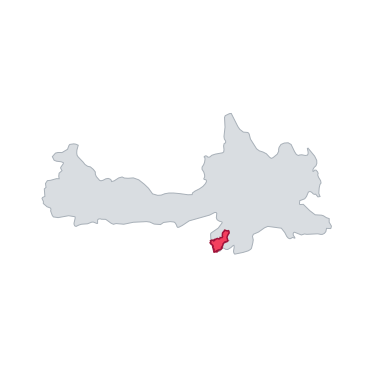 location of Xamtay, Houaphan, Laos, rotated 130°
{"feature_id": "54806243B53408209397741", "entity_name": "Xamtay", "entity_type": "district", "adm_level": 2, "iso_a3": "LAO", "parent_name": "Laos", "parent_adm1": "Houaphan", "projection": "mercator", "projection_center": [104.808, 19.985], "detail": "fine", "context": "in_parent", "style": "filled", "palette": "rose", "viewbox_px": 384, "rotation_deg": 130, "n_neighbors": 0, "source": "geoboundaries", "source_scale": "gbopen_adm2", "svg_char_len": 6964}
<svg xmlns="http://www.w3.org/2000/svg" viewBox="0 0 384 384"><g transform="rotate(130 192 192)"><path d="M141.6,65.9L143.2,68.8L150.6,76.8L151.9,78.9L154.6,80.6L156.9,87.6L157.9,88.1L159.1,87.6L160.0,86.6L160.8,83.9L161.3,83.6L162.2,85.8L164.3,86.5L165.2,87.5L165.4,89.2L165.1,90.9L163.4,94.9L162.3,100.3L169.6,111.8L172.7,113.4L179.9,115.3L184.9,117.8L187.1,117.2L189.3,114.3L191.9,112.7L196.8,110.3L198.2,110.2L200.9,111.1L205.4,114.0L212.1,119.3L211.8,120.8L210.6,122.2L207.0,124.3L205.9,125.6L206.6,126.1L209.6,126.5L213.1,127.7L214.2,129.1L214.8,132.3L215.4,132.9L218.7,132.5L219.7,133.0L220.8,134.0L222.0,136.6L222.0,138.6L218.7,142.1L218.4,144.1L216.7,146.6L212.2,150.8L211.0,151.0L202.8,148.7L196.2,149.1L195.7,149.9L196.8,152.4L197.1,154.9L196.1,156.8L192.4,159.3L192.2,160.3L193.0,161.4L198.4,163.7L215.9,175.6L223.8,177.9L227.4,179.4L228.3,180.2L228.2,181.2L227.3,182.6L226.5,184.9L226.5,186.3L227.3,187.6L228.7,189.7L233.6,194.2L237.2,195.2L240.9,200.4L242.1,204.9L243.9,207.8L252.9,217.5L260.5,223.5L265.0,229.9L267.2,231.4L267.9,233.7L268.4,240.5L271.1,243.9L271.6,245.2L272.8,246.2L274.0,246.4L276.7,244.2L277.2,244.5L278.4,248.1L279.5,249.4L283.5,251.6L287.7,255.9L290.0,257.4L292.9,258.7L293.3,260.0L292.7,261.4L291.8,262.3L286.9,264.8L286.2,265.8L289.5,271.3L297.7,278.1L300.2,282.2L299.7,284.1L297.4,288.1L295.7,289.1L295.3,290.3L296.5,293.6L296.4,298.5L294.8,299.7L293.4,302.7L292.4,303.0L289.9,301.9L284.6,307.1L282.3,306.8L279.7,309.7L276.3,310.1L274.0,307.9L268.9,304.4L267.2,302.3L265.6,304.2L263.0,305.9L259.2,305.3L258.2,307.9L257.5,308.4L253.0,308.8L252.2,309.3L252.9,311.6L255.5,315.6L256.3,318.0L254.7,321.7L250.0,321.6L247.9,320.1L245.3,316.9L239.3,314.8L235.3,316.2L234.1,316.2L231.1,313.5L230.0,311.7L229.3,309.2L233.9,307.1L236.2,305.4L237.7,303.7L238.3,301.9L239.1,294.4L239.7,291.8L239.4,288.5L238.1,286.0L238.1,282.1L238.8,279.0L240.5,277.5L241.7,275.2L242.5,270.2L241.9,268.9L240.2,267.7L237.3,266.5L235.5,265.0L234.8,263.2L234.8,261.7L235.7,260.3L233.5,258.8L228.3,257.2L225.4,255.2L224.8,252.8L222.6,249.8L218.9,246.0L216.9,240.6L216.7,233.5L217.1,227.7L218.8,221.0L216.6,216.1L214.2,213.6L210.8,211.7L207.6,209.0L204.6,205.4L201.0,200.2L196.7,193.3L193.9,190.2L192.4,191.0L189.4,190.3L184.7,188.3L180.6,187.2L177.2,187.1L174.9,187.5L173.8,188.6L173.8,189.6L174.6,190.7L174.2,191.5L172.3,192.0L170.9,193.2L169.2,195.7L168.1,199.0L166.4,200.3L163.7,200.6L161.1,201.5L158.5,203.1L157.3,204.4L157.4,205.2L156.9,205.4L155.6,204.9L155.0,203.8L155.1,202.1L153.8,200.9L151.1,200.4L148.0,198.5L142.2,193.7L140.8,193.5L138.9,194.8L136.4,197.4L134.3,198.5L132.7,197.9L131.4,198.9L130.6,201.3L128.9,203.2L121.1,208.4L114.0,215.0L112.2,215.6L107.9,213.7L106.6,212.4L112.4,198.9L113.3,195.6L113.1,191.2L110.6,187.6L110.5,186.5L110.9,185.4L113.9,181.2L117.4,170.3L117.2,166.9L115.7,163.2L114.9,159.6L115.5,154.8L115.3,152.9L113.6,152.0L108.2,151.0L105.1,151.8L103.6,153.1L101.8,154.0L98.4,154.4L95.2,152.8L92.5,150.0L91.9,146.6L95.2,139.3L96.1,136.4L96.0,135.1L95.4,133.7L94.6,133.5L92.9,131.8L91.2,128.7L89.6,127.3L88.1,127.6L86.7,128.8L84.5,131.6L83.8,131.3L85.7,121.1L87.6,116.8L89.8,114.8L92.2,113.9L94.6,114.2L96.7,113.9L98.4,112.8L98.2,112.2L96.2,112.0L95.5,110.9L95.9,108.7L96.7,107.3L98.1,106.7L99.4,104.5L100.7,100.7L102.2,98.9L104.0,98.8L107.1,97.2L111.5,94.0L113.2,91.0L114.8,92.4L114.2,95.9L115.1,96.7L115.5,97.9L115.3,99.9L115.6,101.6L116.3,102.4L117.3,102.8L121.9,101.4L124.8,101.3L129.4,103.9L132.2,101.9L132.2,101.2L129.9,98.8L130.6,89.8L130.3,83.0L126.5,77.9L125.7,75.9L125.3,72.6L124.2,69.8L127.0,67.5L128.5,63.3L130.4,62.3L131.0,62.4L133.4,65.6L136.3,64.0L138.6,64.0L140.5,64.8L141.6,65.9Z" fill="#d9dde1" stroke="#a8b0b8" stroke-width="1"/><path d="M199.5,140.6L200.1,142.4L200.3,142.4L200.5,142.5L200.9,142.4L201.0,142.2L201.4,142.1L201.7,142.2L202.1,142.3L202.6,142.3L203.1,142.3L203.5,142.3L203.9,142.2L204.5,141.8L204.7,141.5L205.2,141.3L205.7,140.9L206.0,140.7L206.3,140.2L206.5,139.9L207.2,139.7L207.6,139.7L207.8,139.9L208.0,140.1L208.1,140.4L208.9,140.9L208.9,141.0L209.1,140.9L209.5,141.0L209.7,140.9L209.9,140.9L210.1,140.8L210.4,141.1L210.6,141.3L210.8,141.4L211.0,142.1L211.1,142.5L211.7,143.0L211.9,143.0L212.2,143.1L212.3,143.2L212.4,143.3L212.5,143.3L212.9,143.5L213.1,143.6L213.3,143.7L213.4,143.8L213.6,144.0L213.8,143.9L213.9,143.7L214.2,143.6L214.4,143.7L214.5,143.7L214.7,143.8L214.9,143.8L214.9,144.0L215.0,144.0L214.9,144.1L215.0,144.1L215.0,144.4L215.0,144.6L215.2,144.9L215.3,144.9L215.6,145.0L215.8,145.3L216.0,145.5L216.2,146.0L216.6,146.1L216.8,146.2L217.0,146.3L217.3,146.4L217.3,146.2L217.5,146.0L217.8,145.7L218.0,145.7L218.3,145.5L218.5,145.7L218.8,145.7L219.0,145.7L219.3,145.4L219.4,145.2L219.4,144.9L219.3,144.7L219.4,144.4L219.5,144.2L219.7,143.9L219.5,143.7L219.4,143.8L219.4,143.7L219.4,143.4L219.5,143.4L219.6,143.2L219.7,142.9L219.6,142.7L219.5,142.4L219.6,142.2L219.7,141.9L219.8,141.8L219.6,141.8L219.6,141.7L219.6,141.8L219.5,141.7L219.6,141.4L219.8,141.2L220.0,141.0L220.1,140.9L220.3,140.8L220.3,140.7L220.5,140.7L220.8,140.6L221.0,140.5L221.0,140.4L221.3,140.2L221.4,139.9L221.5,139.8L221.5,139.6L221.6,139.4L221.8,139.2L221.7,139.2L221.6,139.3L221.5,139.1L221.7,138.9L221.8,138.8L221.7,138.7L221.9,138.5L221.9,138.4L222.0,138.4L222.0,138.2L222.2,137.9L222.3,137.9L222.5,137.8L222.6,137.7L222.9,137.6L223.0,137.5L223.0,137.4L223.3,137.2L223.2,137.1L223.3,137.0L223.3,136.8L223.3,136.7L223.5,136.6L223.6,136.4L223.8,136.3L223.7,136.2L223.4,136.2L223.2,136.1L222.9,135.9L222.9,135.7L222.7,135.6L222.6,135.4L222.3,135.3L222.2,135.3L222.2,135.2L221.9,135.0L221.9,134.9L221.8,134.7L222.0,134.6L222.0,134.4L221.8,134.3L221.7,134.4L221.5,134.5L221.4,134.5L221.1,134.7L220.9,134.6L220.7,134.8L220.6,134.7L220.6,134.8L220.5,134.7L220.4,134.7L220.3,134.8L220.0,134.8L219.9,134.6L219.7,134.6L219.4,134.4L219.2,134.4L219.0,134.2L218.9,134.0L218.9,133.9L218.7,133.9L218.5,133.7L218.4,133.7L218.2,133.6L218.2,133.4L217.9,133.2L217.7,133.2L217.4,133.0L217.2,133.1L216.9,133.1L216.7,133.0L216.4,132.9L216.3,133.0L216.2,133.0L215.9,133.0L215.9,132.9L215.7,132.9L215.4,132.9L215.3,133.0L215.3,133.3L215.6,133.7L215.5,133.8L215.4,133.9L215.1,133.9L214.4,133.8L213.6,133.9L213.3,134.2L213.1,134.2L212.9,134.3L212.5,134.3L212.4,134.4L211.9,134.7L211.8,134.8L211.7,134.9L211.4,134.8L210.9,134.7L210.7,134.7L210.6,134.8L210.1,134.9L209.8,134.8L209.5,134.8L209.4,134.8L209.2,134.7L209.3,134.5L209.3,134.4L209.2,134.2L208.7,134.2L208.5,134.3L208.3,134.2L208.2,134.0L208.2,133.7L207.7,133.3L207.3,133.3L206.4,133.1L206.5,133.3L206.5,133.5L206.3,133.7L206.1,133.9L205.8,134.0L205.5,134.2L205.3,134.5L204.8,135.3L204.6,135.7L204.4,135.9L204.3,136.0L203.9,136.2L203.5,136.4L203.0,136.6L201.4,137.0L200.8,137.1L200.5,137.1L200.2,137.1L199.9,137.1L199.8,137.3L199.6,137.4L199.4,137.4L199.3,137.5L199.0,137.7L198.8,138.0L198.5,138.3L198.3,138.6L198.3,138.8L198.2,139.0L198.2,139.3L198.3,139.4L198.5,139.5L199.1,139.8L199.3,140.4L199.5,140.6Z" fill="#f43f5e" stroke="#9f1239" stroke-width="1.5"/></g></svg>